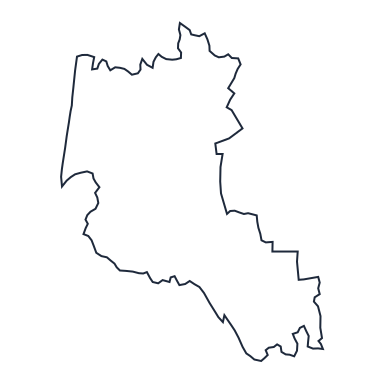 outline of Ipumirim, Santa Catarina, Brazil
{"feature_id": "56859067B73959193279849", "entity_name": "Ipumirim", "entity_type": "district", "adm_level": 2, "iso_a3": "BRA", "parent_name": "Brazil", "parent_adm1": "Santa Catarina", "projection": "mercator", "projection_center": [-52.147, -27.04], "detail": "fine", "context": "isolated", "style": "outline", "palette": "slate", "viewbox_px": 384, "rotation_deg": 0, "n_neighbors": 0, "source": "geoboundaries", "source_scale": "gbopen_adm2", "svg_char_len": 2442}
<svg xmlns="http://www.w3.org/2000/svg" viewBox="0 0 384 384"><path d="M261.1,361.0L264.4,358.2L267.7,355.0L265.7,350.2L268.8,347.7L273.8,347.0L277.1,344.4L280.7,346.5L281.5,351.9L285.7,354.4L289.6,354.7L294.2,356.3L297.0,350.7L297.4,343.7L294.6,338.5L292.8,333.9L297.7,332.3L299.9,327.9L303.9,325.9L306.2,331.0L308.7,336.0L308.1,341.7L307.7,346.5L313.0,348.6L318.1,348.4L322.9,349.0L320.9,344.0L318.5,341.0L322.0,338.1L320.3,327.8L320.5,316.1L318.0,306.3L313.9,301.6L314.7,297.3L319.7,294.1L318.2,288.3L319.7,282.6L318.2,276.9L303.8,279.4L298.7,279.8L297.0,261.6L297.7,251.5L272.4,251.5L272.6,241.9L265.8,242.4L261.5,240.3L260.3,233.8L258.4,227.8L257.3,221.8L256.7,215.4L248.1,213.2L243.9,214.0L239.2,212.4L234.7,210.7L230.2,211.0L227.0,213.9L221.0,193.4L220.2,181.5L220.5,167.0L222.6,154.0L216.6,154.0L215.3,143.5L229.1,138.4L242.5,128.4L231.6,110.1L226.7,107.3L230.2,99.6L234.3,93.4L228.2,88.2L234.3,78.1L235.7,73.5L237.7,68.9L240.6,64.4L238.2,58.4L231.8,58.0L228.2,54.3L224.3,56.6L218.8,57.3L214.8,55.5L209.6,50.9L209.4,45.7L207.4,39.3L204.7,33.3L199.3,36.2L195.0,35.3L191.2,34.4L189.7,30.1L185.1,26.7L179.9,23.0L178.9,29.4L180.4,35.1L179.7,39.4L178.2,43.3L178.0,48.3L181.1,52.5L180.9,58.0L176.2,59.3L172.3,59.7L166.2,59.1L161.7,56.8L158.4,54.0L155.8,57.3L153.5,61.8L152.6,67.8L147.0,64.8L142.3,58.9L140.3,64.6L140.5,69.6L137.9,73.3L131.9,74.7L128.0,71.4L124.4,68.9L119.9,67.8L115.2,67.3L110.3,70.3L107.7,66.0L106.3,61.4L102.4,59.6L98.9,63.9L97.3,68.6L92.1,69.4L93.0,63.2L94.2,57.1L87.4,54.9L82.1,55.0L77.0,56.6L75.1,70.5L73.3,88.2L72.3,97.3L71.8,105.5L70.6,111.1L69.7,116.8L68.9,122.5L67.5,131.1L66.7,136.2L65.1,148.1L63.7,157.0L62.7,163.4L61.9,169.1L61.1,176.8L62.0,186.5L66.7,180.6L70.8,177.1L75.1,174.3L80.9,172.7L87.1,171.4L92.6,173.5L93.5,178.5L95.7,182.4L99.4,187.2L95.1,192.9L97.3,197.5L98.3,203.0L95.5,208.8L90.5,211.7L87.3,215.1L85.5,219.6L87.8,223.8L85.7,228.1L83.5,234.1L88.3,236.0L91.6,240.3L93.8,246.0L96.3,252.8L101.4,256.1L106.9,257.3L110.6,260.5L114.5,263.6L116.7,267.3L119.9,270.5L126.0,270.9L132.8,271.6L138.9,273.2L143.2,273.5L146.9,272.1L150.1,278.1L152.7,282.0L158.2,283.3L162.6,280.1L169.5,282.0L170.7,277.4L174.6,276.2L176.8,280.4L179.4,285.1L185.2,284.0L189.7,281.0L194.5,284.2L199.4,287.0L204.0,293.0L209.6,303.0L215.9,313.1L218.4,317.2L222.9,322.1L224.4,315.2L231.4,325.4L234.7,330.4L238.5,337.6L242.6,346.9L246.3,353.4L250.3,356.1L254.3,359.5L261.1,361.0Z" fill="none" stroke="#1e293b" stroke-width="2"/></svg>